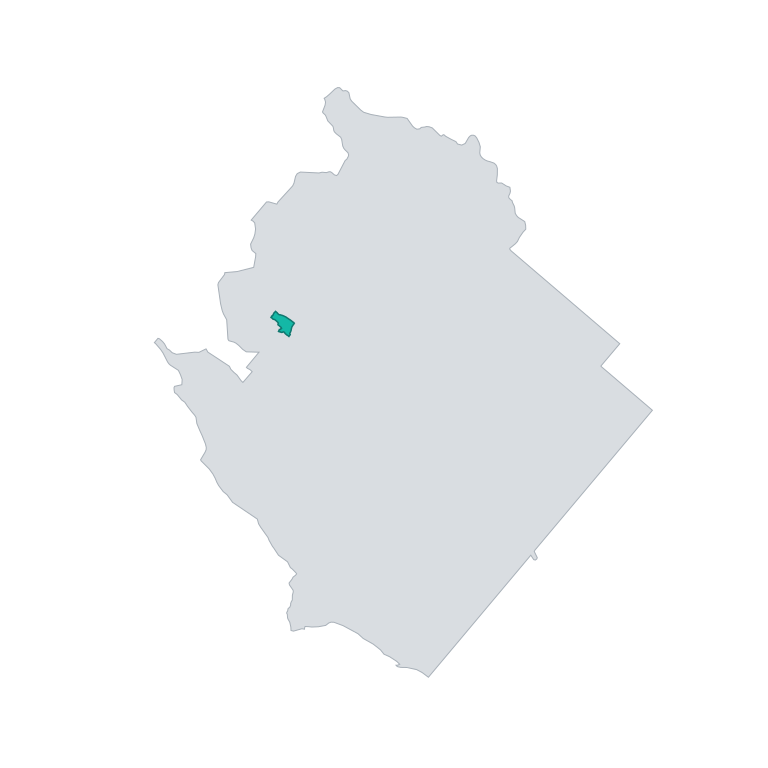 location of Abu Kershola, South Kordufan, Sudan, rotated 130°
{"feature_id": "16777658B31438962952191", "entity_name": "Abu Kershola", "entity_type": "district", "adm_level": 2, "iso_a3": "SDN", "parent_name": "Sudan", "parent_adm1": "South Kordufan", "projection": "robinson", "projection_center": [30.867, 11.992], "detail": "fine", "context": "in_parent", "style": "filled", "palette": "teal", "viewbox_px": 768, "rotation_deg": 130, "n_neighbors": 0, "source": "geoboundaries", "source_scale": "gbopen_adm2", "svg_char_len": 5621}
<svg xmlns="http://www.w3.org/2000/svg" viewBox="0 0 768 768"><g transform="rotate(130 384 384)"><path d="M499.9,586.5L494.3,586.5L493.7,585.0L493.8,580.9L494.4,577.8L496.4,572.9L495.9,570.2L496.2,566.4L494.7,562.1L481.3,549.5L478.7,546.1L471.5,542.9L472.8,539.4L469.8,513.8L471.2,510.8L471.6,506.3L471.6,502.4L473.3,495.8L473.5,493.1L459.3,492.9L459.1,495.7L459.8,498.8L459.7,500.1L440.0,500.2L447.9,510.2L448.3,514.6L447.8,520.1L447.9,523.7L448.4,525.9L450.5,530.5L450.4,531.3L449.9,532.4L435.9,545.8L433.5,552.0L431.7,555.2L427.6,560.7L414.8,575.0L412.7,576.0L402.9,576.5L402.0,576.8L401.2,577.5L400.8,577.3L392.4,568.9L378.4,558.8L369.1,564.1L366.5,566.0L366.5,570.9L365.1,573.4L362.6,576.1L355.7,577.8L352.1,579.3L347.8,582.0L343.7,586.6L343.4,588.9L343.8,591.1L320.1,591.0L318.5,589.3L315.1,581.7L312.7,582.2L291.0,581.3L287.9,582.1L281.8,585.2L278.6,585.7L275.4,584.3L264.1,569.4L261.6,567.6L259.1,564.0L256.7,562.5L255.8,561.3L255.6,559.8L255.7,556.5L254.9,554.4L253.1,554.0L237.8,557.4L235.6,557.0L232.4,557.7L231.3,558.3L230.0,560.2L229.7,564.3L229.3,566.3L228.2,568.6L223.8,573.7L222.8,575.9L223.0,581.4L222.7,584.2L222.0,585.5L220.1,587.7L219.4,588.9L218.6,596.1L216.3,600.4L215.7,601.9L215.5,605.0L215.1,606.0L208.2,608.4L205.6,610.0L204.0,612.4L203.6,613.5L200.7,612.6L196.9,612.0L189.7,611.2L186.8,610.1L185.5,608.4L185.9,604.0L185.2,603.1L184.1,602.3L183.3,600.5L183.4,598.2L187.3,593.2L188.1,590.6L189.1,578.0L188.9,574.2L185.9,567.2L179.0,555.1L177.4,552.7L168.7,542.7L167.8,541.3L165.7,537.0L168.1,527.8L168.2,525.3L167.7,522.6L165.5,520.6L163.5,520.4L161.0,518.0L159.3,516.8L157.9,514.7L156.8,511.6L157.7,500.8L157.2,499.3L155.0,498.9L154.5,498.1L154.6,496.0L153.4,489.8L152.1,484.7L152.9,481.9L151.0,478.0L147.5,476.4L140.6,477.6L138.4,477.4L137.0,476.7L135.9,475.3L135.4,473.6L135.9,471.1L137.9,466.5L140.4,462.7L145.4,459.2L146.8,457.4L147.5,455.3L147.7,453.0L147.4,450.5L146.8,448.3L145.4,445.3L144.1,441.8L144.1,439.4L144.7,437.7L146.1,435.6L151.0,431.6L156.1,428.3L157.0,427.1L156.7,425.7L154.4,423.0L153.7,417.7L152.4,414.0L155.0,411.1L156.9,410.1L159.9,409.3L161.1,408.1L161.4,405.9L161.3,403.7L162.4,402.2L163.9,398.8L165.0,397.2L168.9,393.2L169.8,390.6L170.1,388.2L169.1,380.6L171.4,377.5L174.3,374.9L178.4,375.1L184.7,374.5L189.0,373.4L192.1,373.5L199.2,374.9L199.9,374.3L200.3,372.3L201.6,229.3L230.6,229.4L231.0,229.1L231.6,161.5L414.2,161.6L415.7,161.3L418.5,155.0L419.7,154.5L421.6,154.9L422.3,156.4L420.8,161.5L580.1,161.5L580.5,169.2L581.8,175.4L586.5,184.3L590.3,189.0L591.7,191.6L591.9,192.8L591.7,194.0L590.5,192.7L588.6,191.8L588.3,195.9L589.3,204.4L591.0,210.3L589.9,215.8L590.2,225.1L592.3,236.3L592.0,243.4L595.4,260.0L598.7,269.2L600.5,271.5L602.6,272.7L606.4,273.5L612.1,278.2L616.6,283.1L618.3,285.7L620.5,288.6L622.0,288.0L622.9,287.3L624.3,289.6L631.5,294.5L632.6,296.8L630.1,299.1L627.1,303.0L625.7,306.6L625.0,307.7L622.6,310.0L622.2,311.1L621.2,311.8L620.1,311.8L617.7,313.1L615.5,312.7L613.3,313.4L612.5,314.2L610.7,315.0L608.4,315.4L604.7,318.4L601.5,319.9L600.4,321.1L598.7,327.2L597.5,328.8L592.7,329.0L590.4,329.5L587.2,328.8L585.6,328.9L585.2,330.2L584.7,335.4L584.8,337.7L582.2,343.6L583.0,354.8L580.5,363.1L580.1,365.0L577.6,371.6L576.2,374.1L573.0,386.4L571.7,390.2L568.9,394.2L572.0,423.9L569.7,433.0L569.8,438.0L568.1,445.3L566.8,448.7L564.7,452.8L562.9,457.3L561.4,463.4L560.4,474.8L559.9,475.8L551.4,477.2L548.7,478.0L546.9,479.3L544.7,482.2L540.4,490.2L538.1,495.1L534.6,501.9L530.4,506.6L529.6,509.0L528.9,513.3L527.4,520.1L526.0,524.9L526.3,528.8L525.0,535.6L525.2,538.9L523.7,540.7L521.8,542.5L520.4,542.9L514.5,538.4L510.3,541.5L507.7,545.9L505.7,550.3L506.9,559.7L506.8,561.8L506.2,564.0L502.3,573.2L501.1,577.4L499.9,584.7L499.9,586.5Z" fill="#d9dde1" stroke="#a8b0b8" stroke-width="1"/><path d="M408.7,487.4L408.1,487.5L407.9,487.5L407.0,487.5L406.8,487.5L406.5,487.6L406.4,487.6L406.3,487.8L406.2,488.1L406.0,488.4L406.0,488.6L405.9,488.7L405.7,488.8L404.8,488.9L404.4,489.0L403.5,489.3L402.5,489.7L402.0,490.0L401.2,490.5L400.8,490.7L400.6,490.7L400.2,490.9L399.5,491.3L399.3,491.3L396.8,491.6L395.9,491.6L395.7,491.7L395.5,491.8L395.3,491.8L395.1,491.8L394.9,493.0L395.1,493.4L395.1,495.5L395.2,497.0L395.2,497.5L395.4,498.1L395.4,498.7L395.4,498.9L395.5,499.7L395.6,500.6L395.7,501.6L395.7,502.3L396.0,503.1L396.2,504.1L396.4,504.7L396.6,505.4L396.9,506.2L397.3,507.0L397.6,507.8L398.2,508.7L398.4,509.3L398.3,511.2L398.1,511.4L398.1,513.8L399.1,513.8L400.1,514.0L400.6,513.8L400.9,513.7L401.5,513.7L401.8,513.6L402.1,513.6L402.3,513.3L403.3,513.3L403.7,513.3L404.0,513.7L404.5,513.7L405.0,513.3L405.7,513.3L405.7,513.1L405.6,512.6L405.5,512.0L405.5,511.9L405.5,511.7L405.6,511.2L405.7,510.9L405.7,510.7L405.4,510.1L405.1,509.5L405.0,509.2L404.9,509.0L404.9,508.2L404.9,507.4L404.9,506.7L405.0,505.6L405.0,505.3L405.0,505.0L405.1,504.7L405.2,504.1L405.4,504.0L405.6,504.0L405.7,503.9L405.9,503.9L406.1,503.8L406.3,503.7L406.6,503.5L406.8,503.2L406.8,502.8L406.8,502.3L406.7,501.8L406.7,501.4L406.8,500.9L406.8,500.6L406.8,499.7L406.8,499.2L406.9,498.9L407.3,498.7L407.3,498.4L407.7,498.5L407.8,498.5L408.1,498.6L408.5,498.3L409.0,498.6L409.1,498.8L409.3,499.0L409.5,499.2L409.8,499.0L410.6,498.9L410.9,498.7L411.2,498.6L411.3,498.6L411.5,498.6L411.4,497.8L411.1,497.5L410.9,497.4L410.8,496.8L410.6,496.7L410.6,496.4L410.6,496.2L410.5,495.9L410.3,495.7L410.2,495.5L409.9,495.2L409.6,495.0L409.4,495.0L409.1,494.9L408.9,494.7L408.7,494.6L408.7,494.3L408.5,494.0L408.5,493.4L408.7,493.1L408.7,492.6L408.9,492.1L408.9,491.7L408.9,489.5L408.7,489.1L408.7,487.5L408.7,487.4L408.7,487.4Z" fill="#14b8a6" stroke="#0f766e" stroke-width="1.5"/></g></svg>